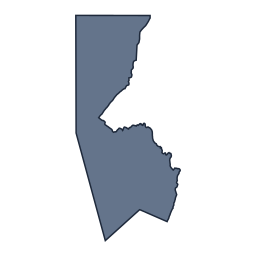 outline of Nkimi, Centro Sur, Equatorial Guinea
{"feature_id": "11065452B74289865102960", "entity_name": "Nkimi", "entity_type": "district", "adm_level": 2, "iso_a3": "GNQ", "parent_name": "Equatorial Guinea", "parent_adm1": "Centro Sur", "projection": "equal_earth", "projection_center": [10.486, 1.923], "detail": "fine", "context": "isolated", "style": "filled", "palette": "slate", "viewbox_px": 256, "rotation_deg": 0, "n_neighbors": 0, "source": "geoboundaries", "source_scale": "gbopen_adm2", "svg_char_len": 4899}
<svg xmlns="http://www.w3.org/2000/svg" viewBox="0 0 256 256"><path d="M148.0,126.9L147.3,127.3L146.9,127.5L146.7,127.5L146.3,127.5L146.0,127.3L145.7,126.9L145.4,126.4L145.2,125.1L145.2,124.5L144.9,123.7L144.3,123.3L144.0,123.3L143.6,123.5L143.4,124.1L143.2,124.8L143.0,125.1L142.7,125.4L142.4,125.4L142.1,125.1L141.9,124.6L141.7,124.3L141.2,124.5L140.9,123.8L140.3,123.6L140.0,123.7L138.2,125.3L137.9,125.1L137.5,124.9L137.2,125.0L136.9,125.2L136.7,125.4L136.7,125.5L136.5,125.8L136.4,126.0L136.0,126.0L135.7,125.8L135.1,125.6L134.9,125.5L134.3,125.6L133.8,125.3L133.7,125.3L133.0,125.2L132.7,125.3L132.1,125.7L132.1,125.8L130.8,127.1L130.5,127.5L129.8,127.5L129.7,127.6L129.1,128.0L128.9,128.2L128.6,128.6L128.5,128.8L128.5,129.0L128.4,129.0L128.1,128.9L127.8,128.7L127.5,128.5L127.4,128.4L127.1,128.3L127.1,128.2L126.9,128.0L126.5,127.7L126.4,127.7L125.7,127.4L124.6,127.1L124.3,127.1L124.1,127.4L123.9,127.7L123.8,127.8L123.4,128.7L123.0,129.9L122.7,130.4L122.6,130.5L122.5,130.3L122.2,129.7L122.0,129.4L121.5,129.0L121.4,129.0L120.6,128.6L120.1,128.3L119.8,128.2L119.3,128.2L119.2,128.2L119.1,128.3L118.9,128.4L118.8,128.5L118.6,129.0L118.3,129.3L118.0,129.4L117.8,129.5L117.7,129.6L116.9,130.6L116.8,130.8L116.5,131.5L116.1,131.7L115.9,131.7L115.6,131.9L115.4,131.9L115.2,131.8L114.9,131.8L114.1,132.1L113.6,132.3L113.4,132.1L113.0,131.8L112.6,131.5L112.4,131.1L112.3,130.4L112.2,130.1L111.7,129.5L111.7,129.4L110.4,128.4L109.7,128.0L108.2,126.8L107.1,126.1L106.2,125.4L105.3,124.9L104.9,124.4L104.8,124.2L104.7,123.9L105.1,122.8L105.1,122.6L105.1,122.4L105.1,122.2L104.8,121.7L104.7,121.6L104.2,121.2L103.8,120.8L103.7,120.8L103.2,120.5L102.9,120.4L102.5,120.5L102.2,120.3L101.9,120.3L98.7,117.7L99.9,116.0L101.0,114.8L101.7,114.3L101.8,114.2L104.3,110.3L105.3,109.2L106.3,107.9L106.8,107.6L106.9,107.4L107.0,107.3L107.5,106.6L108.6,105.3L108.6,105.2L109.0,104.3L109.5,103.8L109.6,103.7L110.1,102.9L110.6,102.3L111.9,101.1L112.6,100.3L113.2,99.6L113.7,98.6L114.8,97.1L115.8,95.9L116.4,95.2L116.5,95.1L116.9,94.5L117.6,94.1L118.1,93.6L118.7,93.1L119.4,92.5L119.8,92.0L120.2,91.7L121.0,91.2L121.8,90.4L122.2,90.1L122.6,89.7L123.2,89.3L123.3,89.3L123.7,88.9L124.1,88.8L124.6,88.7L124.9,88.7L125.0,88.5L125.1,88.4L125.4,87.7L125.7,87.2L125.8,87.1L126.0,86.5L126.3,86.1L126.7,85.6L127.2,85.4L127.6,85.3L128.4,85.0L128.5,85.0L128.6,84.9L128.7,84.7L128.8,84.7L128.9,84.4L129.0,83.3L128.9,83.1L128.7,82.2L128.4,81.5L128.4,81.4L128.6,81.1L128.9,80.5L129.0,80.4L129.0,80.2L129.0,79.9L128.9,79.2L128.9,78.2L128.9,77.9L129.1,77.9L129.7,77.7L130.1,77.7L130.3,77.6L131.2,77.2L131.3,77.1L131.5,76.8L131.5,76.7L131.8,75.7L131.9,74.8L131.9,74.7L131.8,74.4L131.3,73.3L131.2,73.2L131.1,72.9L131.3,72.3L131.3,72.1L131.3,71.0L131.3,70.2L131.4,69.9L132.4,68.9L132.9,68.3L132.9,68.2L133.0,68.2L133.1,67.9L133.2,67.1L133.2,66.9L133.1,66.2L133.0,65.4L133.0,64.8L133.1,63.5L133.3,62.3L133.6,61.5L134.3,60.9L135.1,60.5L136.2,60.2L137.0,45.1L138.9,42.6L139.6,39.1L139.6,35.2L139.9,32.1L141.4,30.0L143.7,27.5L145.7,25.6L148.3,21.5L149.7,18.7L150.1,18.1L150.1,15.5L75.8,15.4L76.1,133.0L105.3,240.6L139.6,209.7L140.3,209.9L167.1,221.6L167.5,220.6L167.8,220.0L168.2,219.3L168.6,218.6L168.9,217.6L169.2,216.5L169.6,215.5L170.0,214.8L170.2,213.9L171.1,211.6L172.3,209.0L172.7,208.6L173.1,208.0L172.9,207.3L173.2,206.3L173.8,205.2L173.8,203.9L173.9,202.8L174.5,201.9L174.8,200.6L175.2,199.4L175.4,198.1L175.7,197.1L176.2,195.9L176.7,194.7L175.4,190.6L175.2,190.0L175.4,188.2L175.6,187.9L176.4,187.4L176.7,187.2L176.9,186.9L177.1,186.5L177.7,184.7L177.8,184.3L177.6,184.0L177.4,183.8L176.7,183.1L176.6,182.5L176.6,182.2L176.9,181.4L177.3,180.7L177.2,180.4L177.1,179.0L177.1,177.7L177.3,176.7L177.6,175.4L178.4,174.4L179.1,173.0L179.0,172.5L179.1,172.1L179.6,171.5L180.1,170.8L180.2,170.4L180.1,169.8L179.5,169.0L179.0,168.7L178.6,168.6L178.0,168.7L177.5,168.7L177.1,168.5L176.8,168.2L176.5,168.3L176.0,168.5L175.6,168.3L175.2,168.1L174.9,168.0L174.5,168.5L173.7,169.5L173.4,170.0L173.0,169.9L172.3,169.1L171.8,168.4L171.4,168.0L170.8,167.3L170.1,165.8L170.2,165.0L170.2,164.3L170.0,163.0L169.7,160.4L169.7,160.0L169.8,159.5L169.8,159.0L170.5,157.5L170.8,157.4L171.1,156.8L171.4,155.9L171.0,153.8L170.6,153.3L169.9,153.4L169.5,153.1L169.0,152.6L168.1,153.1L167.5,153.9L167.2,154.3L166.9,154.6L166.5,154.9L166.0,154.9L165.8,154.6L165.7,154.1L165.6,153.5L165.4,153.0L165.0,152.9L164.5,153.3L164.0,153.6L163.6,153.8L163.3,153.7L162.5,153.3L161.9,152.5L162.1,152.0L162.2,150.4L162.1,150.1L161.9,149.8L161.5,148.7L161.4,147.7L161.2,147.5L160.5,147.8L160.5,147.2L160.2,146.6L159.7,146.7L159.1,146.6L157.9,146.2L156.9,145.3L156.7,144.7L156.2,143.7L155.2,143.3L154.4,142.2L153.9,141.8L153.2,140.5L153.0,139.6L152.6,138.3L152.5,136.4L152.3,134.8L152.4,134.2L152.3,132.9L152.3,132.0L151.9,130.7L151.8,130.2L151.3,129.6L150.5,128.5L149.7,127.8L148.6,127.4L148.3,127.2L148.0,126.9Z" fill="#64748b" stroke="#1e293b" stroke-width="1.5"/></svg>